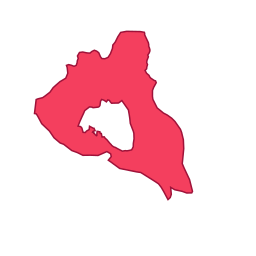 Oyun, Kwara, Nigeria (Equal Earth projection), rotated 145°
{"feature_id": "59680162B5525087107293", "entity_name": "Oyun", "entity_type": "district", "adm_level": 2, "iso_a3": "NGA", "parent_name": "Nigeria", "parent_adm1": "Kwara", "projection": "equal_earth", "projection_center": [4.677, 8.186], "detail": "fine", "context": "isolated", "style": "filled", "palette": "rose", "viewbox_px": 256, "rotation_deg": 145, "n_neighbors": 0, "source": "geoboundaries", "source_scale": "gbopen_adm2", "svg_char_len": 2593}
<svg xmlns="http://www.w3.org/2000/svg" viewBox="0 0 256 256"><g transform="rotate(145 128 128)"><path d="M186.9,204.0L196.3,193.5L195.0,192.1L195.2,189.1L196.2,181.0L194.1,170.6L194.2,162.4L192.2,154.7L190.0,151.5L187.0,141.8L183.5,136.8L180.6,131.5L174.4,127.3L168.3,122.7L158.8,120.8L157.0,116.9L158.1,114.2L162.6,112.9L161.2,109.1L160.5,106.9L158.0,99.6L146.1,87.1L143.1,84.3L137.0,69.9L135.0,64.8L134.8,60.2L135.2,55.4L136.3,46.4L133.3,46.8L130.6,48.8L127.1,54.9L125.1,50.6L120.0,45.1L117.2,41.1L113.0,38.3L111.5,39.1L107.2,50.4L106.6,53.9L105.0,63.1L104.0,67.7L102.0,70.0L94.2,79.1L89.4,86.6L86.6,93.7L85.8,96.9L85.8,100.4L85.8,106.4L86.6,111.0L88.4,116.1L90.4,119.9L90.9,121.8L92.6,127.7L91.2,137.2L89.8,139.9L86.4,144.7L83.6,146.6L78.9,148.9L78.4,150.8L79.3,152.0L80.8,156.0L80.9,157.3L80.6,159.1L81.4,162.2L81.0,165.4L78.8,165.8L77.6,167.2L75.6,168.8L75.3,170.6L73.9,172.3L70.4,174.7L70.0,176.4L67.7,177.3L66.3,178.2L65.3,179.3L64.6,181.1L64.1,183.2L63.3,184.2L62.4,186.2L61.8,189.7L60.9,194.8L60.2,195.7L59.7,197.0L62.6,199.9L73.7,208.0L79.2,210.5L83.9,208.6L89.2,205.7L91.2,205.1L92.8,204.7L95.1,202.1L99.7,199.0L102.1,198.0L103.8,197.3L107.2,198.0L109.6,199.9L109.7,202.0L108.8,206.4L109.1,207.5L109.6,209.0L111.0,211.0L113.7,211.4L116.3,211.2L118.6,213.1L121.5,216.2L124.4,217.7L128.1,216.0L128.8,213.6L130.9,212.2L132.4,210.5L132.9,210.2L134.5,209.0L136.8,209.5L138.4,211.9L140.3,214.0L142.5,214.6L143.1,212.5L145.9,207.4L150.4,204.5L155.0,204.8L157.0,205.0L161.8,204.5L166.1,204.0L171.4,202.1L175.4,201.9L177.5,201.8L180.5,201.8L184.9,203.5L186.9,204.0ZM117.3,142.6L119.3,138.3L121.1,134.7L123.5,130.4L125.2,123.6L125.5,122.3L126.3,120.2L128.4,117.0L129.3,115.6L132.5,112.3L134.5,109.6L137.5,108.0L139.6,108.8L142.0,109.9L143.2,111.0L145.9,112.3L147.7,115.7L148.6,117.4L149.4,119.2L150.7,121.0L151.1,122.4L151.4,123.0L151.3,123.8L151.5,125.0L151.7,126.2L152.0,130.4L152.6,132.9L152.5,134.3L154.4,135.6L153.0,138.8L153.8,139.5L153.2,141.1L153.8,141.5L154.2,142.1L155.2,143.0L156.5,141.5L157.9,139.7L158.1,139.7L158.3,139.8L158.7,141.3L158.7,143.0L158.9,143.0L159.1,143.2L158.7,143.9L159.4,144.9L158.5,145.3L156.5,144.7L156.0,147.3L156.5,147.6L158.5,151.5L160.7,149.0L163.8,149.3L165.6,148.8L167.3,150.2L165.8,154.4L166.0,156.3L167.8,158.2L164.1,160.7L158.6,164.0L156.3,165.3L153.4,167.1L148.7,167.3L147.5,167.4L145.6,165.8L145.0,164.7L142.1,163.1L140.4,162.2L139.2,162.1L138.0,162.6L135.1,165.7L133.2,166.5L131.8,164.6L130.7,161.8L128.4,162.6L127.4,161.2L127.5,159.8L127.3,157.8L121.4,153.9L117.3,154.0L117.3,142.6Z" fill="#f43f5e" stroke="#9f1239" stroke-width="1.5"/></g></svg>